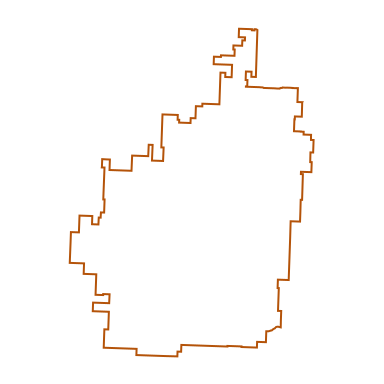 Murchison, Western Australia, Australia (Robinson projection), rotated 182°
{"feature_id": "25037944B75354234976201", "entity_name": "Murchison", "entity_type": "district", "adm_level": 2, "iso_a3": "AUS", "parent_name": "Australia", "parent_adm1": "Western Australia", "projection": "robinson", "projection_center": [116.097, -27.009], "detail": "fine", "context": "isolated", "style": "outline", "palette": "amber", "viewbox_px": 384, "rotation_deg": 182, "n_neighbors": 0, "source": "geoboundaries", "source_scale": "gbopen_adm2", "svg_char_len": 4232}
<svg xmlns="http://www.w3.org/2000/svg" viewBox="0 0 384 384"><g transform="rotate(182 192 192)"><path d="M311.6,147.7L311.6,140.8L311.6,137.2L311.7,116.9L304.8,116.9L303.8,116.9L297.4,116.9L297.4,111.4L297.4,106.4L292.5,106.4L284.8,106.4L284.8,85.9L281.9,85.9L279.1,85.9L277.6,85.9L277.2,85.9L277.2,86.9L274.2,86.9L270.8,86.9L270.9,78.0L277.7,78.0L287.0,78.0L287.0,69.4L286.6,69.4L278.8,69.4L277.9,69.4L274.2,69.4L273.7,69.4L272.8,69.4L272.4,69.4L272.0,69.4L270.9,69.4L270.9,51.7L274.8,51.7L274.8,44.6L274.8,44.4L274.8,42.3L274.8,42.0L274.8,40.4L274.8,34.3L274.8,34.1L274.8,33.3L272.4,33.3L270.5,33.3L269.3,33.3L263.7,33.3L250.8,33.3L241.9,33.3L241.9,27.1L230.3,27.1L220.6,27.1L218.3,27.1L216.4,27.1L215.0,27.1L212.6,27.1L200.9,27.2L200.9,32.0L197.3,32.0L197.3,38.8L192.4,38.8L189.9,38.8L183.1,38.8L175.2,38.8L167.8,38.8L164.4,38.8L162.4,38.8L160.0,38.8L158.0,38.8L156.1,38.8L153.8,38.8L151.2,38.8L151.2,39.4L150.2,39.4L149.7,39.4L148.1,39.4L146.1,39.4L137.1,39.4L137.1,38.8L132.2,38.8L127.5,38.8L121.7,38.8L121.7,44.5L112.9,44.5L112.9,55.4L112.7,55.4L111.1,55.5L110.4,55.5L109.8,55.8L109.2,55.9L108.6,56.3L107.9,56.3L107.2,56.6L106.6,57.4L106.1,57.6L105.7,58.0L105.3,58.2L104.6,58.5L104.3,58.8L104.1,59.0L104.0,59.4L103.9,59.6L104.0,59.6L103.5,59.8L103.3,59.9L103.1,60.0L102.6,60.2L102.2,60.3L101.3,60.4L98.6,59.8L98.7,67.1L98.7,75.4L98.7,76.2L101.9,76.2L101.9,78.0L101.9,78.5L101.9,79.5L101.9,80.0L101.9,81.6L101.9,82.1L101.9,85.7L101.9,86.3L101.9,89.9L101.9,90.4L101.9,91.4L101.9,91.9L101.9,93.5L101.9,94.0L101.9,95.6L101.9,96.1L101.9,97.5L101.9,98.0L101.9,99.0L102.3,99.0L103.1,99.0L103.1,99.5L103.1,107.4L101.6,107.4L101.1,107.4L92.3,107.4L92.3,107.9L92.3,108.4L92.3,109.9L92.3,110.4L92.3,111.9L92.3,112.4L92.3,114.4L92.3,115.4L92.3,115.9L92.3,119.9L92.3,120.9L92.3,123.5L92.3,124.5L92.3,127.1L92.3,128.1L92.3,130.7L92.3,131.7L92.3,134.3L92.3,135.3L92.3,137.9L92.3,138.9L92.3,140.4L92.3,141.5L92.3,144.0L92.3,144.5L92.3,149.4L92.4,166.2L83.0,166.2L83.0,176.2L83.1,188.0L81.7,188.0L81.8,213.7L83.8,213.7L83.8,216.0L73.4,216.0L73.4,226.0L74.9,226.0L75.0,235.7L72.3,235.7L72.3,248.2L73.6,248.2L74.9,248.2L75.0,250.7L75.0,253.3L76.8,253.3L78.9,253.3L80.4,253.3L82.5,253.3L82.5,256.1L85.5,256.1L85.5,256.3L91.7,256.3L92.2,256.3L92.2,264.6L92.2,268.2L91.8,268.2L91.8,271.1L84.9,271.1L85.0,285.4L84.9,285.6L86.3,285.6L87.8,285.6L89.8,285.6L89.8,289.3L89.8,297.4L89.8,297.9L89.8,299.5L90.4,299.5L90.4,299.4L93.2,299.4L94.2,299.4L95.1,299.4L95.1,299.5L95.6,299.5L97.0,299.6L98.4,299.6L99.8,299.6L100.5,299.6L102.0,299.5L102.9,299.5L105.2,299.6L105.3,299.5L105.7,299.1L106.7,299.1L107.1,299.1L107.8,298.7L108.2,298.5L108.2,298.4L108.6,298.4L109.4,298.4L109.8,298.4L111.6,298.4L112.4,298.5L112.9,298.5L113.0,298.5L114.0,298.5L115.5,298.5L117.0,298.5L117.8,298.5L118.7,298.5L118.8,298.5L120.8,298.5L121.2,298.5L121.7,298.5L124.1,298.5L124.9,299.0L125.7,299.0L127.4,299.0L127.6,299.1L128.9,299.1L129.3,299.1L131.4,299.1L132.3,299.1L134.3,299.1L134.8,299.1L135.8,299.1L136.3,299.1L138.8,299.1L140.8,299.1L141.8,299.1L141.8,299.4L141.7,299.4L140.5,299.4L140.5,305.8L142.3,305.8L142.3,314.3L136.7,314.3L136.7,309.2L134.9,309.2L132.2,309.2L132.3,356.2L133.3,356.8L134.2,356.9L135.2,356.9L135.2,355.7L137.8,355.7L137.8,356.8L150.7,356.8L150.7,348.4L144.4,348.4L144.4,345.3L147.0,345.3L147.0,339.9L155.7,339.9L155.7,335.9L154.3,335.9L154.3,329.6L167.8,329.6L167.8,328.0L174.8,328.0L174.8,320.5L156.4,320.5L156.4,313.2L156.4,308.1L162.8,308.1L162.8,312.3L167.7,312.3L167.7,290.9L167.7,280.6L184.7,280.6L184.7,277.9L191.1,277.9L191.1,268.8L191.1,265.8L195.9,265.8L195.9,260.9L201.5,260.9L207.3,260.9L207.3,263.7L208.9,263.7L208.9,268.5L214.6,268.5L223.7,268.5L224.2,268.5L224.2,263.7L224.2,241.4L224.2,237.9L224.2,237.5L224.2,235.5L221.9,235.5L222.0,222.0L233.1,222.0L233.0,237.7L236.9,237.7L237.0,226.3L253.1,226.3L253.2,211.1L275.2,211.1L275.2,221.6L278.4,221.6L282.9,221.7L282.9,219.4L282.9,214.3L283.0,213.4L282.1,213.4L280.3,213.4L280.4,187.4L280.4,186.9L280.4,181.5L279.1,181.5L279.1,168.4L282.3,168.4L282.4,164.7L282.4,163.2L284.3,163.2L284.4,156.3L284.5,156.3L284.8,156.3L289.4,156.3L290.3,156.3L290.7,156.3L290.8,156.3L290.8,164.5L303.6,164.5L303.6,160.0L303.6,147.7L311.6,147.7Z" fill="none" stroke="#b45309" stroke-width="2"/></g></svg>